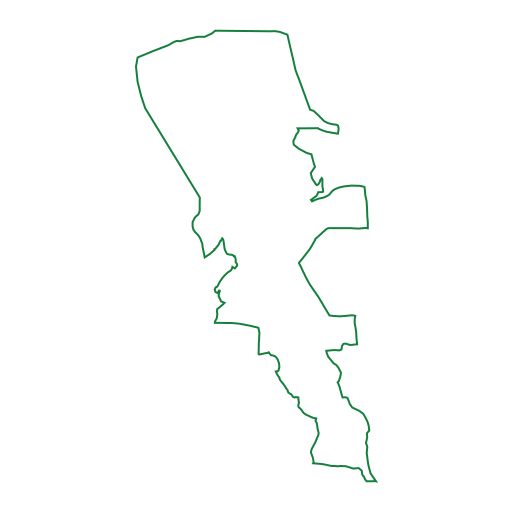 Al Qahirah, Ta`izz, Yemen
{"feature_id": "15242507B25601217585155", "entity_name": "Al Qahirah", "entity_type": "district", "adm_level": 2, "iso_a3": "YEM", "parent_name": "Yemen", "parent_adm1": "Ta`izz", "projection": "orthographic", "projection_center": [44.017, 13.586], "detail": "fine", "context": "isolated", "style": "outline", "palette": "green", "viewbox_px": 512, "rotation_deg": 0, "n_neighbors": 0, "source": "geoboundaries", "source_scale": "gbopen_adm2", "svg_char_len": 6050}
<svg xmlns="http://www.w3.org/2000/svg" viewBox="0 0 512 512"><path d="M376.0,481.3L370.6,473.5L369.5,469.5L368.4,465.2L367.6,459.9L366.7,452.9L367.3,447.0L366.4,444.1L366.0,443.0L366.2,442.4L366.4,441.1L366.9,438.8L367.2,437.4L366.9,433.3L369.3,430.5L369.1,429.4L368.8,426.4L367.8,422.5L365.6,417.8L365.0,416.8L364.0,415.0L363.1,413.7L361.8,412.7L361.2,412.3L359.9,411.4L358.8,410.6L358.1,410.3L352.2,407.5L349.6,403.6L349.1,402.1L348.5,400.4L347.5,398.0L346.3,397.4L344.0,397.3L342.6,397.5L342.1,396.1L340.8,391.4L340.0,388.4L339.5,386.7L338.5,384.1L337.6,382.3L338.9,380.9L339.6,378.7L339.9,377.8L340.6,375.4L340.9,372.5L338.7,368.2L336.4,365.1L333.6,363.3L333.0,362.6L328.2,356.7L327.3,354.4L326.8,353.4L326.3,350.8L333.3,350.1L333.9,350.1L335.1,350.1L339.6,350.4L340.8,349.8L341.4,349.6L342.0,346.0L343.4,343.9L344.8,343.7L345.6,343.6L350.2,345.0L357.1,344.3L356.4,337.4L356.4,335.8L356.1,331.4L355.7,329.1L355.6,328.0L355.1,325.4L354.8,323.6L354.6,321.4L354.7,319.7L354.8,318.5L355.2,316.4L355.3,315.9L353.9,315.5L352.0,315.3L351.3,315.3L350.7,315.4L344.4,316.0L340.2,316.3L338.0,316.2L337.1,316.2L332.7,315.9L329.4,315.4L329.1,314.9L325.7,309.2L324.5,307.3L321.7,302.4L318.5,297.1L318.1,296.5L317.3,295.3L314.3,291.0L310.1,284.9L309.5,283.8L309.2,283.4L308.6,282.4L306.0,277.5L305.7,277.0L304.1,273.5L303.3,272.1L301.2,267.3L299.1,263.4L299.0,262.7L299.4,262.3L301.8,259.4L307.5,252.1L309.6,249.4L311.1,246.9L311.4,246.5L315.0,240.1L315.3,239.0L315.9,238.5L320.6,234.3L322.8,232.2L324.4,230.9L326.6,228.9L328.4,228.2L331.1,228.1L349.9,228.1L358.6,228.6L363.9,228.1L365.9,227.9L366.9,228.2L367.8,228.3L367.8,223.3L367.6,219.2L367.5,218.5L367.3,216.9L367.1,209.8L367.0,207.7L366.6,201.3L365.2,194.7L365.2,193.9L365.1,192.5L364.9,190.0L364.5,187.0L362.6,186.4L361.8,186.3L361.2,186.1L359.2,185.8L358.4,185.8L355.2,185.7L351.5,185.6L345.0,186.3L343.1,186.6L339.1,187.5L335.1,189.1L333.1,190.3L332.0,191.4L331.4,192.0L330.0,193.8L329.4,194.5L327.2,196.0L323.5,197.6L319.2,198.5L315.2,199.9L312.1,201.4L311.0,199.9L312.0,199.2L312.9,198.5L313.9,197.7L315.2,196.7L316.3,196.1L317.3,194.5L318.2,192.2L319.8,192.2L322.5,192.0L323.0,191.8L323.2,191.0L322.8,188.4L322.4,186.3L322.4,179.1L321.7,178.1L320.1,180.5L319.9,181.8L318.7,183.7L318.2,184.4L316.8,185.1L315.7,184.1L314.5,182.1L313.1,180.1L312.1,178.4L311.3,175.4L310.8,173.0L315.0,166.9L314.5,165.5L313.6,162.6L313.2,161.1L311.4,154.3L306.6,152.9L304.8,151.9L299.3,149.0L298.0,148.1L293.8,144.7L293.3,141.4L294.0,139.6L295.2,137.4L296.1,134.8L297.9,132.5L298.7,130.6L297.6,128.3L306.4,128.3L318.1,128.2L318.7,128.8L322.0,130.2L326.3,131.7L326.9,131.8L332.4,132.8L337.9,133.7L338.4,130.8L338.6,128.3L338.0,125.6L336.4,124.7L332.0,124.2L327.8,123.0L324.1,121.1L320.6,117.6L318.0,114.9L313.6,110.9L310.1,109.7L299.0,79.2L297.0,74.1L296.2,71.9L295.6,70.4L294.7,66.4L292.7,57.4L292.1,55.1L287.4,34.7L279.8,31.9L274.7,31.1L272.0,31.3L215.3,30.7L211.8,33.5L205.4,36.5L204.6,36.8L197.2,36.8L195.5,37.3L187.9,38.9L187.3,39.2L180.3,41.2L176.5,41.0L175.2,41.5L173.5,42.2L168.1,45.3L153.2,51.0L137.6,57.5L136.0,66.6L137.6,81.8L141.2,96.2L145.2,108.2L199.8,197.5L199.7,203.7L199.7,211.0L198.3,214.5L195.6,216.7L194.5,218.3L192.6,222.1L192.6,226.4L193.4,229.6L195.1,232.1L197.5,234.4L198.9,236.1L200.3,238.6L202.4,244.2L202.5,246.5L204.0,253.7L204.7,257.4L209.8,254.0L213.5,250.8L214.0,250.4L214.4,250.1L214.4,249.1L215.3,248.8L218.6,244.7L220.2,241.1L220.8,240.9L222.2,238.3L222.7,238.8L223.1,239.5L223.5,240.8L223.7,242.4L223.9,243.4L224.3,246.9L224.7,249.1L225.7,251.6L226.9,253.7L228.5,254.4L230.6,254.7L232.4,254.9L233.3,255.5L233.7,256.2L234.1,256.5L234.7,256.2L235.1,257.3L235.6,258.9L235.7,259.7L235.7,261.4L235.7,262.2L236.2,262.9L236.6,263.4L236.9,263.9L237.1,264.7L237.2,265.3L236.9,265.9L234.9,268.4L232.4,266.9L231.9,268.8L230.9,270.4L229.6,271.3L228.1,272.2L226.6,273.5L225.5,274.6L224.9,275.2L223.3,276.9L221.8,278.8L219.7,281.9L219.0,283.2L218.2,285.0L217.2,286.7L215.6,287.4L215.1,288.6L214.7,289.5L215.4,291.9L217.6,293.0L218.2,292.0L219.0,290.6L219.6,290.6L219.9,291.0L219.3,292.4L219.1,292.9L218.7,295.4L218.6,296.1L221.1,301.4L224.5,302.8L223.0,304.4L218.3,308.3L217.7,308.7L217.3,308.9L217.0,310.3L216.9,311.7L217.1,312.4L217.3,314.0L217.1,315.7L217.0,316.8L216.6,318.6L216.3,319.2L215.8,320.0L215.1,321.2L214.8,322.2L214.9,322.9L221.2,322.9L227.2,323.0L231.2,323.0L233.7,323.2L235.1,323.3L238.4,323.6L239.8,323.8L246.3,325.0L249.3,325.6L251.8,326.1L252.3,326.3L252.9,326.5L255.5,327.0L258.4,327.8L259.4,332.6L259.4,333.6L259.2,336.2L259.1,339.3L259.1,340.0L258.8,343.0L258.8,344.3L258.8,345.1L258.8,345.8L258.6,354.0L259.1,354.5L262.7,353.8L264.5,353.4L266.1,353.1L267.0,353.0L268.0,352.7L268.7,352.3L269.4,353.4L269.8,353.8L270.5,354.6L270.9,355.2L273.1,355.5L274.5,356.1L275.1,356.4L276.2,357.3L277.8,359.8L278.9,362.8L279.3,365.6L279.3,367.7L278.9,368.6L278.5,370.6L277.5,371.3L276.9,371.3L275.8,371.5L277.2,374.5L278.2,376.0L279.5,377.8L279.6,379.2L280.0,379.7L280.8,380.9L282.6,383.1L283.5,384.2L284.2,385.2L284.7,386.0L285.9,387.8L286.5,388.9L287.5,389.9L287.8,391.1L288.3,392.5L289.5,393.4L291.2,394.3L292.0,395.4L293.1,397.0L294.6,397.5L295.5,397.1L296.1,397.3L296.8,397.1L298.4,397.5L298.3,398.7L298.5,399.4L298.7,401.8L299.0,402.7L298.3,405.0L298.4,406.6L298.8,407.4L299.6,407.9L301.3,409.7L301.8,410.4L302.5,411.5L303.2,412.3L303.5,412.9L304.6,413.7L306.7,415.0L307.6,415.4L308.9,415.9L310.5,416.8L311.5,417.2L314.0,418.1L315.6,418.3L316.2,418.4L315.5,420.8L316.8,423.1L317.7,429.1L318.6,432.7L318.4,435.0L316.3,439.8L315.2,442.6L313.7,445.2L313.4,445.8L311.6,449.3L311.4,450.0L311.1,451.7L310.9,452.4L312.9,457.8L313.0,458.6L313.3,459.9L313.6,462.2L313.1,463.3L319.7,463.8L322.4,464.1L325.1,464.6L331.7,466.0L334.4,466.0L337.8,466.3L340.0,466.0L345.7,466.2L351.9,468.1L353.1,468.5L354.2,468.5L355.6,468.4L357.0,468.2L357.7,468.1L358.3,468.1L359.0,468.3L361.2,470.2L361.8,471.0L361.9,471.7L362.1,473.8L362.4,474.8L362.7,475.4L363.1,475.9L363.7,476.4L364.0,476.7L364.5,478.1L365.0,479.2L366.6,481.3L375.4,481.2L376.0,481.3Z" fill="none" stroke="#15803d" stroke-width="2"/></svg>